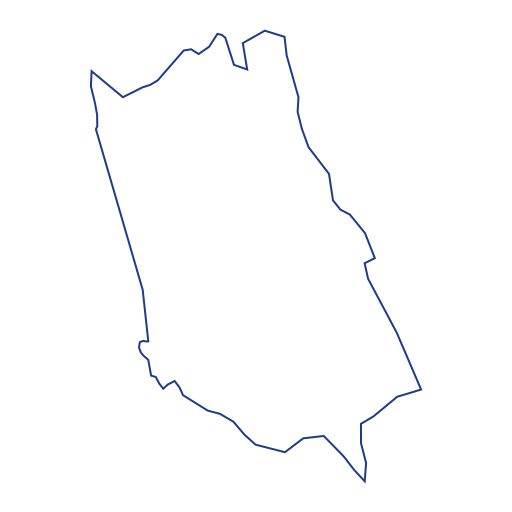 Kaḷutara, Equal Earth projection
{"feature_id": "LKA-2472", "entity_name": "Kaḷutara", "entity_type": "District", "adm_level": 1, "iso_a3": "LKA", "parent_name": "Sri Lanka", "parent_adm1": "", "projection": "equal_earth", "projection_center": [80.098, 6.573], "detail": "fine", "context": "isolated", "style": "outline", "palette": "blue", "viewbox_px": 512, "rotation_deg": 0, "n_neighbors": 0, "source": "natural_earth", "source_scale": "10m", "svg_char_len": 1000}
<svg xmlns="http://www.w3.org/2000/svg" viewBox="0 0 512 512"><path d="M151.1,375.6L148.3,360.0L146.8,358.5L143.9,356.1L140.9,352.6L139.0,347.6L139.8,342.2L143.1,340.9L146.6,341.5L148.3,341.4L143.1,293.6L142.7,289.8L128.6,241.4L95.9,129.2L97.0,126.7L97.3,126.1L97.1,114.8L95.0,103.2L90.9,86.3L91.6,71.2L122.9,97.2L142.4,87.4L150.2,84.9L157.7,80.4L183.7,50.5L191.2,49.3L198.6,54.0L209.1,46.8L217.4,33.9L221.8,34.9L225.3,37.7L234.0,64.9L247.2,69.5L242.8,43.1L264.8,30.7L284.5,36.8L286.7,55.6L298.5,97.3L297.6,111.8L301.9,128.9L308.5,147.1L329.0,173.9L333.0,200.4L340.5,209.7L349.9,214.6L365.0,233.1L374.8,258.1L364.6,263.3L368.1,278.8L396.7,332.6L421.1,389.5L397.1,396.8L373.5,416.4L361.0,423.8L361.0,443.2L366.1,463.0L364.7,481.3L354.2,470.0L343.8,456.5L323.8,436.0L303.3,438.3L284.9,452.2L255.6,444.7L244.4,434.6L233.5,421.8L220.1,413.9L207.7,410.6L183.0,395.2L179.5,387.4L174.6,381.0L167.7,384.6L163.3,388.7L159.4,383.8L155.8,377.0L151.1,375.6Z" fill="none" stroke="#1e3a8a" stroke-width="2"/></svg>